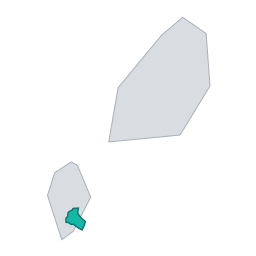 Kerċem on a map of Malta (orthographic projection), rotated 265°
{"feature_id": "MLT-5981", "entity_name": "Kerċem", "entity_type": "state/province", "adm_level": 1, "iso_a3": "MLT", "parent_name": "Malta", "parent_adm1": "", "projection": "orthographic", "projection_center": [14.218, 36.038], "detail": "fine", "context": "in_parent", "style": "filled", "palette": "teal", "viewbox_px": 256, "rotation_deg": 265, "n_neighbors": 0, "source": "natural_earth", "source_scale": "10m", "svg_char_len": 620}
<svg xmlns="http://www.w3.org/2000/svg" viewBox="0 0 256 256"><g transform="rotate(265 128 128)"><path d="M233.5,192.1L215.3,214.1L162.6,213.3L116.5,179.2L115.8,107.6L168.9,121.6L217.5,169.5L233.5,192.1ZM95.1,74.4L62.4,84.8L30.0,64.5L22.5,52.3L67.7,41.9L89.8,51.0L99.2,68.5L95.1,74.4Z" fill="#d9dde1" stroke="#a8b0b8" stroke-width="1"/><path d="M38.5,77.4L33.8,75.4L30.4,73.2L33.3,69.2L36.9,65.3L36.9,62.8L38.7,61.0L39.6,58.0L43.5,58.3L45.2,60.2L48.8,60.9L50.3,62.9L51.1,65.3L52.5,66.1L52.7,67.4L52.5,71.6L49.8,70.8L47.6,70.5L45.6,71.4L42.1,73.8L38.5,77.4Z" fill="#14b8a6" stroke="#0f766e" stroke-width="1.5"/></g></svg>